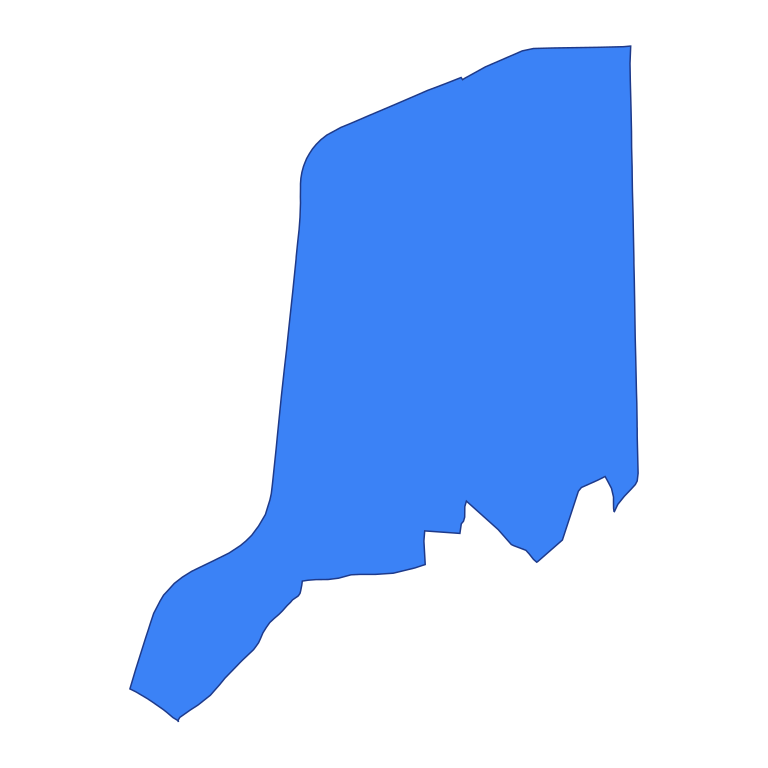 Mushin, Lagos, Nigeria
{"feature_id": "59680162B75104511306168", "entity_name": "Mushin", "entity_type": "district", "adm_level": 2, "iso_a3": "NGA", "parent_name": "Nigeria", "parent_adm1": "Lagos", "projection": "mercator", "projection_center": [3.345, 6.529], "detail": "fine", "context": "isolated", "style": "filled", "palette": "blue", "viewbox_px": 768, "rotation_deg": 0, "n_neighbors": 0, "source": "geoboundaries", "source_scale": "gbopen_adm2", "svg_char_len": 2336}
<svg xmlns="http://www.w3.org/2000/svg" viewBox="0 0 768 768"><path d="M637.2,431.2L637.2,428.7L637.1,426.6L637.1,422.7L636.8,403.1L636.5,393.2L636.4,389.2L635.7,356.9L635.2,337.2L634.6,297.8L634.5,292.4L634.3,280.4L633.9,263.0L633.9,259.2L633.5,238.7L633.0,212.5L632.4,189.9L632.2,176.3L632.1,167.1L631.6,147.2L631.5,131.6L631.0,108.0L630.3,80.6L630.0,63.4L630.7,46.1L630.0,46.1L623.6,46.7L598.7,47.3L552.7,48.0L533.5,48.5L522.2,50.9L508.6,56.8L485.5,66.8L464.5,78.4L462.6,79.7L461.1,77.5L445.6,83.6L427.6,90.4L400.1,102.3L368.8,115.6L349.0,124.1L340.9,127.4L326.9,135.0L321.0,139.6L316.2,144.4L312.5,148.9L309.5,153.5L306.6,158.6L304.6,163.5L303.5,166.4L301.9,172.3L300.9,178.2L300.5,183.8L300.5,188.0L300.4,197.0L300.5,202.9L300.0,217.4L299.1,229.5L298.5,234.9L297.6,243.1L296.2,256.9L296.1,258.9L292.7,292.1L289.1,325.6L287.4,341.7L286.6,349.5L284.5,367.6L281.4,395.9L277.4,435.7L276.2,448.2L274.0,469.2L272.4,484.4L271.3,493.6L269.9,500.0L267.7,507.0L265.4,514.5L258.5,526.2L256.6,528.7L254.6,531.4L251.7,535.3L245.8,541.1L240.5,545.5L229.1,553.0L224.7,555.2L218.8,558.1L213.8,560.6L200.1,567.2L191.7,571.3L182.4,577.1L174.3,583.4L167.9,590.5L163.6,595.1L159.8,601.5L159.7,601.8L153.7,613.3L150.5,622.9L148.3,629.8L145.7,637.7L135.6,669.7L129.9,688.9L135.8,691.8L146.8,698.3L151.4,701.3L163.2,709.5L166.5,712.1L173.0,717.6L177.6,720.4L178.5,721.9L178.2,720.1L179.8,717.4L190.3,710.0L198.2,704.9L210.4,695.2L219.8,684.5L224.9,678.2L238.2,664.5L240.0,662.6L242.6,660.0L253.6,649.6L256.5,645.7L258.6,642.7L260.4,638.8L262.9,632.9L266.4,627.3L269.8,622.5L274.1,618.5L279.1,614.2L282.6,610.7L285.6,607.3L287.3,605.4L290.5,602.3L292.5,599.9L298.3,595.9L300.0,593.4L300.7,590.7L301.8,585.0L302.3,581.1L308.2,580.2L316.0,579.6L328.1,579.5L338.5,578.2L351.0,574.8L359.8,574.4L375.2,574.4L393.3,573.2L415.0,567.9L425.2,564.5L425.1,562.4L423.9,541.1L424.7,530.9L459.9,533.4L461.3,523.8L463.5,521.2L464.7,517.1L464.8,506.6L466.4,501.1L498.2,529.6L511.3,544.5L513.8,545.7L525.9,550.3L529.1,553.8L533.5,559.4L536.7,562.2L537.7,561.6L562.4,540.0L578.4,491.2L581.4,487.5L597.7,480.2L605.1,476.5L607.6,481.0L611.5,488.4L612.0,490.6L613.5,497.0L613.5,503.5L613.6,508.5L614.0,511.4L614.4,511.6L617.8,504.4L624.4,496.2L630.9,489.4L635.3,484.6L637.2,481.0L638.1,473.3L637.2,435.8L637.2,431.2Z" fill="#3b82f6" stroke="#1e3a8a" stroke-width="1.5"/></svg>